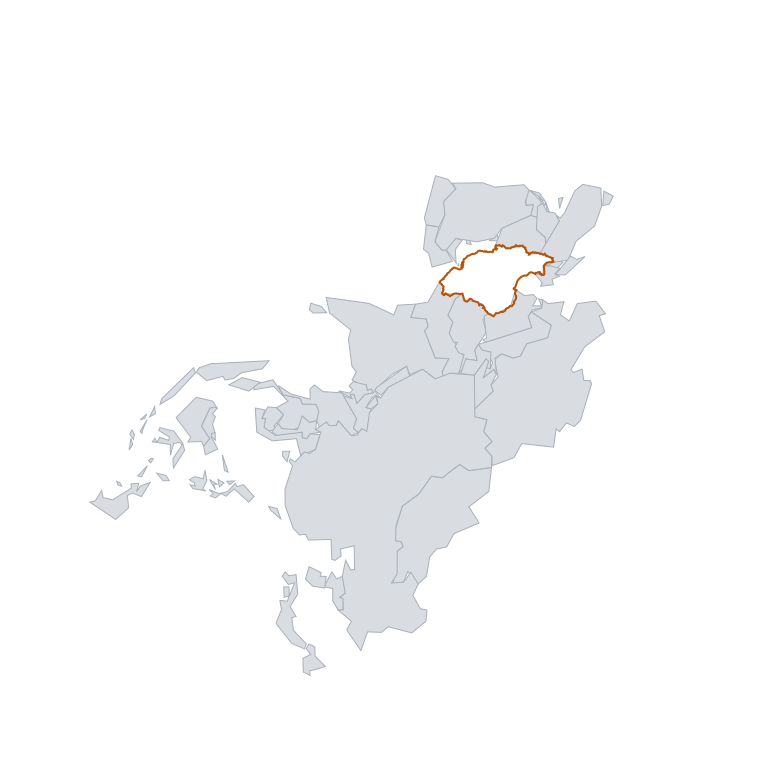 Asia, with Iran highlighted, rotated 124°
{"feature_id": "IRN", "entity_name": "Iran", "entity_type": "country or territory", "adm_level": 0, "iso_a3": "IRN", "parent_name": "Asia", "parent_adm1": "", "projection": "mercator", "projection_center": [53.162, 32.435], "detail": "fine", "context": "in_parent", "style": "outline", "palette": "amber", "viewbox_px": 768, "rotation_deg": 124, "n_neighbors": 45, "source": "natural_earth", "source_scale": "50m", "svg_char_len": 18582}
<svg xmlns="http://www.w3.org/2000/svg" viewBox="0 0 768 768"><g transform="rotate(124 384 384)"><path d="M391.3,248.8L383.7,254.2L380.8,264.5L371.4,262.2L368.0,274.6L356.1,278.8L360.4,290.3L357.5,295.7L328.8,289.5L325.3,294.7L314.4,293.4L302.2,306.3L293.1,303.2L290.2,291.5L284.5,286.7L270.7,288.2L254.1,274.3L241.8,278.3L242.0,302.3L233.0,295.8L225.5,299.3L225.5,292.8L215.1,280.8L228.1,276.5L228.1,265.6L209.3,268.7L196.8,254.7L202.0,239.6L206.9,243.9L217.3,230.2L240.8,238.4L267.5,237.0L268.7,233.5L261.0,228.2L269.3,220.2L265.8,214.8L268.0,212.0L304.3,200.7L312.8,202.5L314.3,211.0L325.4,211.8L325.0,216.2L341.5,208.1L356.4,236.5L372.4,235.0L391.3,248.8Z" fill="#d9dde1" stroke="#a8b0b8" stroke-width="1"/><path d="M242.0,302.3L241.8,278.3L254.1,274.3L270.7,288.2L284.5,286.7L290.2,291.5L293.1,303.2L300.4,306.4L313.3,296.2L310.7,301.0L323.3,305.1L317.2,309.6L311.6,309.1L311.9,304.5L305.5,306.0L301.8,313.4L297.8,313.1L301.1,321.8L298.4,327.9L254.7,293.1L247.4,302.2L242.0,302.3Z" fill="#d9dde1" stroke="#a8b0b8" stroke-width="1"/><path d="M646.3,530.7L646.5,561.9L642.3,558.0L630.2,558.5L635.3,553.3L631.7,544.1L611.5,535.2L608.2,537.9L603.5,531.8L611.6,528.9L604.7,528.9L596.5,522.8L613.0,522.1L615.1,531.5L620.0,534.4L629.4,526.5L646.3,530.7ZM570.1,560.8L567.6,566.8L562.9,567.3L565.4,562.7L570.1,560.8ZM614.1,551.2L613.6,547.6L615.4,544.3L616.5,548.0L614.1,551.2ZM536.4,498.7L533.7,503.0L541.7,514.1L536.1,514.6L528.2,537.5L500.0,532.3L494.0,516.4L497.3,508.8L501.4,514.7L517.0,512.6L520.9,511.6L526.8,497.9L536.4,498.7ZM584.0,534.5L596.3,533.1L598.0,536.7L584.0,534.5ZM579.2,536.4L575.9,535.5L575.0,533.5L579.8,533.3L579.2,536.4ZM584.2,508.0L587.8,513.0L585.0,522.6L581.7,513.6L584.2,508.0ZM550.7,512.1L571.4,511.6L564.0,517.2L547.4,517.2L546.7,520.8L550.9,525.1L562.4,521.3L553.7,527.4L561.5,543.8L557.1,543.5L559.4,539.6L553.6,540.1L551.1,530.9L547.9,532.3L548.5,544.7L545.5,545.4L540.6,531.7L545.7,517.6L550.7,512.1ZM550.2,566.0L541.6,564.0L546.0,563.1L550.2,566.0ZM546.1,560.4L556.0,558.7L560.3,557.0L559.6,559.7L546.1,560.4ZM536.5,557.0L542.3,559.9L531.0,561.5L536.5,557.0ZM480.2,546.5L511.4,551.5L526.1,558.3L520.6,560.1L476.9,551.0L480.2,546.5ZM467.7,521.8L480.4,532.9L479.0,546.2L473.8,546.3L463.7,538.5L429.0,492.3L439.4,493.4L454.4,508.4L463.3,511.7L469.6,517.9L467.7,521.8Z" fill="#d9dde1" stroke="#a8b0b8" stroke-width="1"/><path d="M570.7,563.2L574.8,558.6L581.4,558.4L570.7,563.2Z" fill="#d9dde1" stroke="#a8b0b8" stroke-width="1"/><path d="M146.2,350.4L142.2,358.4L141.9,371.4L138.8,362.0L142.8,351.5L146.2,350.4Z" fill="#d9dde1" stroke="#a8b0b8" stroke-width="1"/><path d="M150.0,345.1L142.9,351.5L149.2,342.8L150.0,345.1Z" fill="#d9dde1" stroke="#a8b0b8" stroke-width="1"/><path d="M144.9,355.4L141.9,361.2L143.2,354.6L144.9,355.4Z" fill="#d9dde1" stroke="#a8b0b8" stroke-width="1"/><path d="M144.9,355.4L160.3,349.8L162.2,356.7L151.8,360.4L156.5,365.9L147.4,373.1L141.9,371.4L144.9,355.4Z" fill="#d9dde1" stroke="#a8b0b8" stroke-width="1"/><path d="M221.1,399.5L232.7,400.1L243.4,391.8L237.4,408.5L223.1,405.9L221.1,399.5Z" fill="#d9dde1" stroke="#a8b0b8" stroke-width="1"/><path d="M217.5,396.8L217.2,393.0L219.7,389.6L221.3,394.4L217.5,396.8Z" fill="#d9dde1" stroke="#a8b0b8" stroke-width="1"/><path d="M200.8,368.4L206.1,376.6L197.3,373.6L200.8,368.4Z" fill="#d9dde1" stroke="#a8b0b8" stroke-width="1"/><path d="M162.2,356.7L160.3,349.8L170.8,343.9L172.2,332.5L179.3,326.4L188.8,327.7L195.0,336.5L191.8,346.5L200.9,355.0L206.8,369.1L188.5,373.2L162.2,356.7Z" fill="#d9dde1" stroke="#a8b0b8" stroke-width="1"/><path d="M238.4,407.4L244.0,395.9L260.2,409.5L250.8,420.0L250.2,426.6L228.4,438.0L223.1,426.3L237.4,421.3L240.6,411.1L238.4,407.4ZM244.5,388.6L242.5,390.0L243.9,388.2L244.5,388.6Z" fill="#d9dde1" stroke="#a8b0b8" stroke-width="1"/><path d="M463.7,460.0L465.6,450.0L480.1,451.7L482.3,448.3L487.6,453.4L487.0,459.2L479.0,463.0L481.1,465.9L468.0,467.5L463.7,460.0Z" fill="#d9dde1" stroke="#a8b0b8" stroke-width="1"/><path d="M476.2,449.8L465.6,450.0L463.7,460.0L451.8,454.0L447.7,474.2L461.6,488.7L456.9,491.3L442.6,478.5L449.4,461.4L442.8,445.6L446.2,440.4L438.9,429.1L443.1,422.7L451.9,419.2L457.5,424.0L456.4,433.8L466.6,429.8L473.8,434.2L478.0,443.4L476.2,449.8Z" fill="#d9dde1" stroke="#a8b0b8" stroke-width="1"/><path d="M486.5,450.1L476.2,449.8L478.0,443.4L470.2,430.1L456.4,433.8L457.5,424.0L451.9,419.2L460.0,415.3L459.2,409.4L466.6,417.4L472.5,417.4L474.3,421.8L469.9,425.0L486.2,441.7L486.5,450.1Z" fill="#d9dde1" stroke="#a8b0b8" stroke-width="1"/><path d="M451.9,419.2L443.1,422.7L438.9,429.1L446.2,440.4L442.8,445.6L449.4,461.4L444.5,470.9L444.3,455.4L437.9,436.7L429.4,442.7L423.7,441.1L424.4,430.3L414.8,413.8L428.2,387.2L437.8,384.5L438.7,378.2L445.1,382.2L440.0,401.3L445.0,400.4L449.2,406.2L447.8,410.5L456.9,411.9L451.9,419.2Z" fill="#d9dde1" stroke="#a8b0b8" stroke-width="1"/><path d="M472.0,468.2L481.1,465.9L479.0,463.0L487.0,459.2L487.4,445.2L469.9,425.0L474.3,421.8L472.5,417.4L466.6,417.4L461.7,408.7L476.7,404.1L489.7,413.4L478.3,426.0L493.6,444.8L495.1,462.5L475.9,477.3L472.0,468.2Z" fill="#d9dde1" stroke="#a8b0b8" stroke-width="1"/><path d="M597.1,295.4L592.6,305.0L582.3,312.0L585.5,320.5L568.9,322.1L572.1,314.3L566.8,311.0L570.6,307.0L579.2,299.1L585.5,301.3L584.8,297.9L594.0,291.5L597.1,295.4Z" fill="#d9dde1" stroke="#a8b0b8" stroke-width="1"/><path d="M575.9,324.3L586.2,319.0L591.5,330.0L589.7,340.0L577.3,344.0L575.6,330.4L579.1,329.4L575.9,324.3Z" fill="#d9dde1" stroke="#a8b0b8" stroke-width="1"/><path d="M393.1,248.2L414.5,237.0L438.4,245.0L446.0,227.5L468.9,242.3L484.1,241.0L491.7,248.3L502.1,249.4L519.7,241.2L530.7,243.8L526.2,259.4L537.3,257.0L545.4,264.2L515.4,279.5L507.8,277.5L505.3,281.9L507.6,286.6L500.9,292.3L475.0,300.5L455.4,293.6L434.0,293.2L429.1,283.3L408.3,276.3L408.4,265.3L393.1,248.2Z" fill="#d9dde1" stroke="#a8b0b8" stroke-width="1"/><path d="M438.7,378.2L437.8,384.5L428.2,387.2L416.5,410.9L414.0,402.7L411.9,406.0L409.3,403.3L415.1,395.6L403.5,394.1L397.0,387.9L395.3,391.5L398.7,394.3L394.7,398.1L397.6,399.5L398.5,412.7L389.4,413.7L387.2,420.5L366.7,438.5L357.8,441.8L355.6,468.8L344.6,480.4L325.5,441.3L321.2,414.4L311.0,416.8L300.1,402.4L313.7,398.9L306.4,385.3L311.7,379.6L317.2,380.0L333.7,356.1L326.6,344.4L341.4,342.5L346.0,337.6L351.1,344.4L350.3,360.3L361.6,367.7L356.7,375.3L372.0,383.0L394.6,388.1L397.8,379.1L398.3,384.4L402.6,386.4L413.5,385.8L411.9,380.8L432.9,371.7L433.5,377.4L438.7,378.2Z" fill="#d9dde1" stroke="#a8b0b8" stroke-width="1"/><path d="M414.0,402.7L415.1,417.9L410.6,407.1L406.2,406.9L405.1,411.9L399.2,410.8L394.7,398.1L398.7,394.3L395.3,391.5L397.0,387.9L403.5,394.1L415.1,395.6L409.3,403.3L411.9,406.0L414.0,402.7Z" fill="#d9dde1" stroke="#a8b0b8" stroke-width="1"/><path d="M411.9,380.8L413.5,385.8L398.3,384.4L403.9,378.0L411.9,380.8Z" fill="#d9dde1" stroke="#a8b0b8" stroke-width="1"/><path d="M394.9,380.2L394.6,388.1L390.6,388.1L356.7,375.3L363.5,366.4L384.0,378.5L394.9,380.2Z" fill="#d9dde1" stroke="#a8b0b8" stroke-width="1"/><path d="M346.0,337.6L341.4,342.5L326.6,344.4L333.7,356.1L317.2,380.0L311.7,379.6L306.4,385.3L313.7,398.9L300.1,402.4L291.5,393.3L268.3,395.1L270.1,389.0L276.9,386.2L265.3,369.6L273.3,372.4L291.3,369.3L294.2,361.5L305.5,358.2L317.5,331.6L333.3,327.9L338.2,335.3L346.0,337.6Z" fill="#d9dde1" stroke="#a8b0b8" stroke-width="1"/><path d="M283.7,328.1L304.9,327.8L312.6,319.8L317.5,330.3L324.2,325.8L333.3,327.9L314.7,334.2L316.4,339.6L312.9,346.3L308.4,346.2L310.3,349.9L305.5,358.2L294.2,361.5L291.3,369.3L273.3,372.4L265.3,369.6L269.6,364.6L263.7,352.1L266.9,336.7L275.4,338.1L283.7,328.1Z" fill="#d9dde1" stroke="#a8b0b8" stroke-width="1"/><path d="M298.4,327.9L301.1,321.8L297.8,313.1L311.9,304.5L313.5,309.0L306.2,313.4L326.2,314.0L332.4,326.2L317.5,330.3L312.6,319.8L304.9,327.8L298.4,327.9Z" fill="#d9dde1" stroke="#a8b0b8" stroke-width="1"/><path d="M313.3,296.2L325.3,294.7L328.8,289.5L357.5,295.7L326.2,314.0L306.2,313.4L306.6,309.9L323.3,305.1L310.7,301.0L313.3,296.2Z" fill="#d9dde1" stroke="#a8b0b8" stroke-width="1"/><path d="M225.5,299.3L233.0,295.8L239.6,302.6L247.4,302.2L254.7,293.1L292.3,322.9L292.2,326.6L288.5,324.8L271.8,338.9L266.9,336.7L266.5,331.8L248.5,322.6L232.3,327.6L232.1,317.0L226.4,310.3L227.5,305.0L236.1,304.6L231.3,297.1L227.0,303.4L225.5,299.3Z" fill="#d9dde1" stroke="#a8b0b8" stroke-width="1"/><path d="M145.7,353.6L150.0,345.1L146.6,338.1L150.6,329.8L177.2,327.4L172.2,332.5L170.8,343.9L151.0,355.9L145.7,353.6Z" fill="#d9dde1" stroke="#a8b0b8" stroke-width="1"/><path d="M197.0,318.1L183.5,308.9L183.1,303.7L192.5,305.4L197.0,318.1Z" fill="#d9dde1" stroke="#a8b0b8" stroke-width="1"/><path d="M188.8,327.7L150.6,329.8L147.8,335.7L147.8,330.8L140.9,330.0L117.1,333.8L107.3,330.8L100.3,313.8L114.9,302.9L135.2,297.8L158.2,304.6L178.5,300.6L188.9,312.3L185.6,314.0L188.8,327.7ZM100.0,299.0L109.0,297.9L113.7,302.4L101.2,309.6L100.0,299.0Z" fill="#d9dde1" stroke="#a8b0b8" stroke-width="1"/><path d="M364.8,482.5L364.1,487.5L357.9,489.9L354.8,479.2L357.0,471.4L364.8,482.5Z" fill="#d9dde1" stroke="#a8b0b8" stroke-width="1"/><path d="M496.4,430.3L492.4,424.5L502.7,420.9L500.5,427.9L496.4,430.3ZM326.2,314.0L360.4,290.3L356.1,278.8L368.0,274.6L371.4,262.2L380.8,264.5L383.7,254.2L393.1,248.2L408.4,265.3L408.3,276.3L429.1,283.3L434.0,293.2L455.4,293.6L475.0,300.5L495.3,294.6L507.6,286.6L505.3,281.9L507.8,277.5L515.4,279.5L534.2,266.8L544.9,266.7L537.3,257.0L525.0,256.5L530.7,243.8L543.1,241.9L550.0,228.2L547.3,222.0L557.2,216.6L574.8,221.7L582.9,244.8L591.2,247.1L598.7,259.0L617.9,254.1L608.8,277.3L598.9,278.4L597.1,295.4L594.0,291.5L584.8,297.9L585.5,301.3L579.2,299.1L566.8,311.0L551.5,317.3L556.8,307.9L554.3,304.6L534.8,318.3L545.1,327.8L550.4,323.5L557.7,326.0L558.5,329.2L542.5,341.0L555.6,359.3L552.5,365.0L556.4,369.6L554.5,378.4L540.1,397.9L526.9,407.1L502.7,414.2L501.0,419.5L498.4,419.8L498.3,414.2L484.9,412.0L483.4,407.0L476.7,404.1L459.2,409.4L460.0,415.3L447.8,410.5L449.2,406.2L445.0,400.4L440.0,401.3L445.1,382.2L441.5,377.8L433.5,377.4L432.9,371.7L415.7,380.1L403.9,378.0L398.2,383.3L397.8,379.1L384.0,378.5L350.3,360.3L351.1,344.4L338.2,335.3L326.2,314.0Z" fill="#d9dde1" stroke="#a8b0b8" stroke-width="1"/><path d="M553.6,394.0L552.1,407.0L550.0,411.2L547.0,403.1L553.6,394.0Z" fill="#d9dde1" stroke="#a8b0b8" stroke-width="1"/><path d="M196.5,298.8L203.2,303.3L206.9,299.1L215.5,308.9L211.6,309.4L208.3,320.8L204.4,313.1L197.0,318.1L192.7,311.1L189.7,302.7L197.0,303.8L196.5,298.8ZM195.3,318.2L192.0,317.4L188.9,312.3L193.4,313.8L195.3,318.2Z" fill="#d9dde1" stroke="#a8b0b8" stroke-width="1"/><path d="M165.9,288.6L192.1,294.7L197.6,303.1L173.5,300.9L173.0,293.8L165.9,288.6Z" fill="#d9dde1" stroke="#a8b0b8" stroke-width="1"/><path d="M552.5,459.9L548.0,453.7L553.8,455.7L552.5,459.9ZM560.7,475.3L560.5,466.3L562.4,469.3L565.9,464.6L560.7,475.3ZM572.2,471.7L577.6,484.1L576.0,488.5L574.2,483.6L572.0,486.0L572.1,491.8L566.6,489.0L563.7,481.0L555.6,484.1L563.1,476.9L572.5,475.5L572.2,471.7ZM545.0,467.9L533.1,478.4L544.2,463.9L545.0,467.9ZM557.6,430.2L554.7,449.5L565.3,452.2L565.9,458.3L560.4,453.3L549.5,451.8L551.2,448.5L546.1,444.2L549.9,428.8L557.6,430.2ZM556.0,468.4L555.4,461.4L561.3,462.9L556.0,468.4ZM572.7,460.1L574.0,465.5L570.3,464.2L569.3,469.9L566.8,458.2L572.7,460.1Z" fill="#d9dde1" stroke="#a8b0b8" stroke-width="1"/><path d="M451.8,487.6L465.5,492.1L471.5,512.2L458.0,505.2L451.8,487.6ZM536.4,498.7L526.8,497.9L520.9,511.6L501.4,514.7L498.1,512.0L497.3,508.8L504.5,509.6L505.4,505.5L513.2,503.6L518.9,496.8L524.4,497.8L530.9,485.4L542.6,492.6L536.4,498.7Z" fill="#d9dde1" stroke="#a8b0b8" stroke-width="1"/><path d="M524.9,492.4L524.4,497.8L521.1,499.3L518.9,496.8L524.9,492.4Z" fill="#d9dde1" stroke="#a8b0b8" stroke-width="1"/><path d="M650.6,315.6L642.8,339.7L628.4,342.8L621.6,349.3L618.2,342.8L598.7,346.9L603.6,351.1L600.4,360.7L595.0,360.9L596.2,355.8L591.2,350.3L606.5,338.0L621.0,337.4L626.0,326.9L629.2,329.8L638.9,321.4L643.0,303.0L648.1,301.9L650.6,315.6ZM663.5,285.2L666.9,282.3L668.0,289.7L656.7,297.9L649.3,293.5L646.7,300.6L641.4,300.6L640.7,294.3L648.2,288.9L651.0,274.5L663.5,285.2ZM605.3,349.3L612.6,344.2L616.7,347.4L608.4,353.6L605.3,349.3Z" fill="#d9dde1" stroke="#a8b0b8" stroke-width="1"/><path d="M223.1,426.3L228.4,438.0L223.9,443.3L182.6,457.8L178.5,445.2L182.1,433.4L199.4,436.6L209.4,428.2L223.1,426.3Z" fill="#d9dde1" stroke="#a8b0b8" stroke-width="1"/><path d="M142.1,372.2L154.2,368.7L156.5,365.9L151.8,360.4L162.2,356.7L188.5,373.2L201.5,374.2L214.3,386.6L223.1,405.9L238.4,407.4L240.6,411.1L237.4,421.3L209.4,428.2L199.4,436.6L182.1,433.4L179.3,439.6L162.0,414.7L158.9,402.4L140.5,379.3L142.1,372.2Z" fill="#d9dde1" stroke="#a8b0b8" stroke-width="1"/><path d="M140.3,336.6L132.7,343.0L129.2,339.9L140.3,336.6Z" fill="#d9dde1" stroke="#a8b0b8" stroke-width="1"/><path d="M232.2,326.7L233.5,326.8L234.1,326.6L235.4,326.1L235.7,326.1L236.0,325.9L236.2,325.7L236.7,324.4L236.9,324.1L237.8,323.3L239.2,322.4L240.1,322.1L241.4,322.2L242.4,322.3L243.2,322.3L243.4,322.3L243.6,322.2L243.7,321.6L243.9,321.4L244.2,321.2L245.3,321.2L245.8,321.2L246.5,321.5L247.8,321.4L248.1,321.7L248.4,322.0L248.5,322.2L248.5,322.8L248.9,323.1L249.4,323.2L250.3,323.3L251.6,323.8L252.2,324.1L252.9,324.8L253.5,324.9L254.3,324.6L254.8,324.8L255.5,324.7L256.1,324.9L257.6,325.6L257.9,325.7L258.1,326.1L258.2,326.7L258.6,327.2L259.1,327.7L260.9,328.5L261.5,329.0L262.8,330.9L266.5,330.9L266.7,331.3L266.7,332.1L266.8,332.9L266.9,333.5L266.9,334.1L266.8,334.3L266.7,334.8L266.9,335.0L267.1,335.4L267.2,336.1L267.0,336.4L267.1,336.7L267.2,336.9L267.3,337.3L267.3,337.5L267.1,337.7L266.9,338.4L266.8,338.7L266.4,338.9L266.4,339.3L266.6,340.0L266.3,341.0L266.3,341.3L265.7,342.2L265.7,342.5L265.0,343.1L264.7,343.1L264.6,343.3L264.8,343.5L265.4,344.4L264.2,344.5L263.5,345.7L263.7,347.2L263.5,347.9L263.6,348.3L263.9,348.6L264.3,348.8L265.0,348.8L265.5,348.9L265.5,349.1L264.6,350.1L263.8,351.2L263.8,351.6L263.9,352.0L265.1,356.2L265.1,356.7L264.9,357.7L264.9,358.3L265.0,359.1L264.9,359.5L265.1,360.4L265.2,360.5L269.1,361.1L269.5,361.6L269.8,362.8L269.8,363.7L269.7,364.1L265.2,369.5L267.4,372.1L267.5,372.4L267.5,372.7L268.3,374.1L268.6,374.9L268.9,375.3L270.2,376.6L270.8,376.9L271.3,377.0L272.4,377.3L272.7,377.6L273.4,378.3L274.1,378.2L274.3,378.3L274.3,378.5L274.2,379.6L274.4,380.7L274.5,382.3L274.3,383.0L274.3,383.5L274.5,383.7L275.0,383.8L276.2,383.6L276.7,383.8L276.9,384.1L276.9,384.3L276.6,384.5L276.5,385.0L276.6,385.6L276.3,385.8L276.2,386.7L276.2,386.8L275.9,386.9L274.4,386.8L273.7,387.1L272.8,387.3L272.5,387.4L272.2,387.7L271.9,388.0L271.9,388.3L271.3,388.3L271.1,388.6L269.9,389.1L269.8,389.4L269.5,391.1L269.1,391.5L269.1,391.9L269.0,392.4L268.9,394.0L268.7,394.5L268.3,394.7L267.9,395.0L266.4,394.6L264.3,394.0L264.1,393.8L264.0,393.3L263.6,393.2L263.1,393.9L261.3,393.5L260.7,393.6L260.3,393.4L259.3,393.4L258.6,393.0L257.5,393.3L256.6,393.3L255.5,392.6L254.2,392.4L253.2,392.5L252.6,392.4L251.8,392.2L251.4,391.9L250.7,392.1L250.4,391.7L248.5,391.4L247.9,390.1L247.9,389.4L247.4,388.3L247.2,386.6L247.1,386.0L246.8,385.4L246.5,385.0L246.0,384.5L245.6,384.3L243.8,383.9L243.5,383.9L242.7,384.2L241.9,384.7L240.5,385.1L240.2,385.3L239.9,385.8L239.4,386.2L238.8,386.1L238.1,386.4L236.9,387.3L236.2,387.6L235.7,387.6L235.1,387.1L233.8,386.6L233.0,386.4L231.8,386.5L231.2,386.4L230.3,385.7L230.0,385.2L229.5,384.9L227.8,384.2L226.4,383.2L226.2,382.8L226.0,382.3L225.4,381.6L224.0,381.1L223.3,380.5L222.4,380.4L221.5,380.4L221.2,380.3L220.8,380.1L219.7,378.9L219.7,378.4L219.0,377.2L218.8,376.8L218.7,375.7L218.5,375.4L217.7,374.9L217.6,374.6L217.8,374.1L217.8,373.8L217.4,373.5L216.8,373.4L216.7,373.0L216.8,372.3L216.7,371.9L216.2,371.2L215.5,370.5L214.7,369.4L214.4,369.1L214.0,367.6L213.5,367.6L211.5,368.5L210.9,368.0L209.1,367.0L208.9,366.6L209.1,366.5L209.3,366.5L209.8,366.6L210.0,366.4L209.9,366.1L209.5,365.9L208.9,365.9L209.0,366.2L208.5,366.5L208.3,366.9L208.5,368.0L208.2,368.4L208.1,368.5L207.3,368.5L206.9,368.8L206.7,368.9L206.2,368.5L206.0,368.1L206.0,367.8L206.0,367.7L205.9,367.4L205.7,367.1L205.4,367.0L205.2,366.9L204.8,366.4L204.4,366.2L204.2,366.1L204.2,363.2L202.6,363.2L202.6,361.0L203.3,358.8L202.2,357.1L201.8,356.8L201.1,355.2L200.9,355.0L200.7,354.9L199.9,355.0L197.3,352.9L196.4,352.4L196.0,352.3L195.1,352.2L195.0,351.8L195.0,351.5L195.3,351.0L195.3,350.7L194.7,349.6L194.5,349.3L194.0,349.2L194.1,348.9L194.1,348.7L193.9,348.4L193.4,348.5L192.1,346.7L191.8,346.5L191.7,346.4L192.4,345.4L192.4,345.0L192.3,344.6L191.9,343.9L192.2,343.2L192.2,342.9L192.9,343.0L193.0,342.7L193.0,342.0L193.1,341.7L194.2,340.3L195.2,339.8L195.3,339.4L195.2,338.8L195.1,338.6L194.6,338.0L194.5,337.7L194.5,337.4L194.6,337.0L194.8,336.6L195.5,336.3L195.8,336.2L195.4,335.7L194.3,335.6L193.5,335.7L193.3,335.6L192.9,335.1L192.5,334.8L192.1,334.6L191.8,334.6L191.6,334.6L191.0,332.6L190.8,332.3L190.4,332.2L190.1,331.9L190.0,331.6L190.0,330.8L189.9,330.5L189.8,330.3L189.3,329.9L188.9,328.4L188.7,327.9L188.7,327.4L188.9,327.1L188.5,326.6L187.8,326.1L187.8,325.4L187.7,324.8L187.9,324.5L187.8,324.3L187.0,323.8L186.7,323.5L186.1,323.5L186.1,323.3L186.2,322.9L186.4,322.5L186.7,322.1L186.7,321.9L186.9,321.2L187.2,320.8L187.2,320.7L186.6,320.5L186.5,320.4L186.5,320.2L186.5,319.4L186.3,318.5L186.4,317.7L186.2,317.5L185.9,317.1L185.8,316.7L185.9,316.3L185.9,315.8L185.5,315.3L185.4,314.8L185.2,314.4L185.3,314.3L185.7,314.2L186.7,314.2L186.9,314.1L187.3,312.6L187.5,312.2L187.9,311.9L188.8,312.7L189.0,312.7L189.8,314.1L190.2,314.4L190.4,314.8L190.5,315.1L190.7,315.3L191.1,315.5L191.4,315.8L192.1,316.6L192.6,316.8L195.4,317.5L196.1,317.2L197.2,317.3L198.7,315.8L199.3,315.6L199.7,315.1L200.2,314.6L201.0,314.1L203.0,312.7L203.6,312.5L204.1,312.5L205.4,313.9L205.6,314.2L205.3,314.5L204.8,314.8L204.6,314.9L204.6,315.2L204.6,315.4L204.7,315.6L205.4,316.1L205.5,316.3L205.5,316.6L205.4,316.7L205.3,316.8L204.3,317.1L204.1,317.4L204.1,317.6L204.2,317.8L205.1,318.4L205.3,318.9L205.6,319.0L205.9,319.1L206.1,319.2L206.9,320.3L207.1,320.3L208.2,320.1L208.4,321.9L208.5,322.7L208.7,323.4L209.2,324.7L209.7,325.1L210.6,325.6L211.1,325.8L212.3,325.9L213.5,326.1L214.2,326.3L214.5,326.5L215.2,327.9L216.2,328.7L218.0,329.9L218.9,330.3L222.0,331.0L224.0,331.0L229.7,329.5L231.5,329.2L232.2,329.2L231.8,329.4L231.1,329.6L231.5,329.8L232.5,329.8L232.7,329.6L232.8,329.3L232.2,326.7ZM243.0,385.4L242.6,386.0L241.9,386.5L241.6,386.4L241.4,386.4L240.9,386.6L240.6,386.6L240.0,387.0L239.4,387.2L238.9,387.1L238.8,386.9L239.0,386.8L239.9,386.5L241.0,385.9L241.1,385.7L240.9,385.3L241.0,385.2L241.7,385.4L242.5,385.0L243.2,384.9L243.5,385.2L243.0,385.4Z" fill="none" stroke="#b45309" stroke-width="2"/></g></svg>